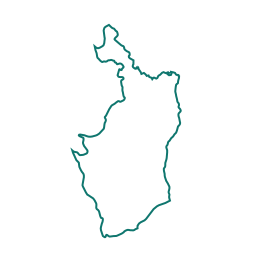 Buri Ram, Robinson projection, rotated 351°
{"feature_id": "THA-436", "entity_name": "Buri Ram", "entity_type": "Province", "adm_level": 1, "iso_a3": "THA", "parent_name": "Thailand", "parent_adm1": "", "projection": "robinson", "projection_center": [102.981, 14.961], "detail": "fine", "context": "isolated", "style": "outline", "palette": "teal", "viewbox_px": 256, "rotation_deg": 351, "n_neighbors": 0, "source": "natural_earth", "source_scale": "10m", "svg_char_len": 5793}
<svg xmlns="http://www.w3.org/2000/svg" viewBox="0 0 256 256"><g transform="rotate(351 128 128)"><path d="M140.6,212.1L131.7,220.6L129.9,221.8L125.8,223.1L123.9,224.1L122.2,226.0L121.7,228.1L121.7,228.6L119.5,229.1L118.4,229.7L117.4,229.9L116.8,229.9L116.3,229.7L114.1,229.3L113.1,228.9L112.0,228.6L111.2,228.6L109.5,229.0L108.4,229.5L108.0,229.7L107.5,230.3L105.3,231.3L100.6,232.6L99.5,232.8L96.8,232.5L93.5,232.4L92.7,232.3L92.4,232.1L91.8,231.6L91.2,231.0L90.9,230.6L90.2,230.2L89.8,230.3L89.6,230.6L89.4,231.0L89.2,231.4L88.9,231.8L88.4,232.2L88.0,232.2L87.6,232.0L87.1,231.4L86.3,230.7L85.3,224.7L85.4,222.8L86.0,221.1L87.4,217.9L87.7,217.6L88.3,216.3L88.8,214.8L88.9,213.9L88.8,213.4L88.6,213.1L88.2,212.9L87.4,212.6L87.1,211.9L86.8,210.6L86.4,206.3L86.2,205.4L85.8,204.7L85.6,204.3L84.7,203.4L84.3,202.7L84.2,202.1L84.2,201.6L84.8,198.8L84.8,198.1L84.8,197.5L83.8,194.5L83.1,193.0L82.5,192.0L77.9,187.8L77.5,187.6L77.0,186.6L76.3,184.9L74.4,179.0L74.1,177.7L74.2,177.2L74.3,176.7L76.7,169.8L77.0,167.8L76.9,166.9L76.8,166.3L76.2,165.1L75.6,164.1L74.9,162.3L73.9,158.9L73.9,157.9L74.0,154.6L73.8,154.2L72.0,151.7L69.8,143.8L69.6,142.2L69.5,141.5L70.0,142.1L70.6,142.7L71.2,143.1L72.0,143.4L73.7,144.0L74.0,144.2L74.5,144.8L75.5,146.5L75.9,147.0L76.1,147.2L76.4,147.3L79.3,147.5L80.2,147.4L82.7,146.8L83.4,146.5L83.8,146.1L84.1,145.6L84.4,144.7L84.4,144.1L84.3,143.6L82.2,139.6L81.9,139.1L81.3,136.8L81.2,136.0L81.3,135.2L82.2,132.9L82.4,131.8L82.4,131.2L82.3,130.8L82.0,130.5L79.2,128.7L78.8,128.4L78.4,127.9L78.3,127.5L78.5,127.2L78.8,127.0L79.8,127.0L83.9,128.4L86.0,129.6L87.5,130.3L89.2,130.7L91.2,130.8L95.0,130.4L96.6,130.0L98.8,129.0L104.0,124.9L104.6,123.3L105.2,121.1L105.8,119.4L106.1,119.1L106.8,118.1L107.3,117.1L107.4,116.4L107.3,115.7L106.8,114.3L106.8,113.8L106.9,113.5L108.0,112.6L108.5,112.0L112.4,106.5L115.0,103.6L115.7,103.1L117.2,102.5L118.0,102.2L118.7,101.9L120.4,100.9L122.2,100.0L122.6,100.0L123.0,100.0L123.4,100.2L124.0,100.7L124.4,100.8L124.8,100.9L127.7,100.0L128.1,99.8L128.6,99.4L129.3,98.5L129.5,97.9L129.5,97.4L129.0,96.8L128.8,96.5L128.7,96.0L128.6,95.6L128.5,91.5L128.4,91.0L128.4,90.4L128.4,89.6L128.9,87.2L128.9,86.5L128.8,86.1L128.5,85.3L128.4,84.8L128.4,84.3L128.4,81.3L128.6,80.6L128.8,80.1L129.1,79.8L130.4,79.3L131.1,78.9L131.3,78.4L131.3,77.9L131.2,77.6L131.1,77.4L130.9,77.2L130.2,76.8L127.5,76.3L126.7,75.9L126.5,75.6L126.0,74.3L126.1,74.0L128.5,68.8L129.0,68.7L129.2,68.9L129.4,69.0L130.1,69.7L130.7,69.7L131.4,68.6L133.0,67.4L133.2,66.7L132.6,65.2L132.2,64.5L131.4,63.6L130.7,63.2L129.9,63.0L127.7,63.3L127.3,63.3L127.0,63.0L126.7,62.3L126.5,61.8L126.2,61.5L125.8,61.4L125.5,61.2L125.2,60.9L125.1,60.4L125.0,59.8L124.8,59.4L124.4,59.2L123.6,59.0L122.6,58.3L122.2,58.2L121.8,58.1L120.4,58.2L119.6,58.1L119.2,58.1L118.8,58.2L117.7,58.8L117.3,58.9L116.4,59.0L116.0,58.9L114.8,58.5L114.3,58.5L113.2,58.8L112.8,58.7L112.5,58.6L112.2,58.3L111.4,57.5L110.5,56.2L110.1,55.5L109.6,54.8L109.0,54.1L108.9,53.8L108.7,52.9L108.7,49.2L108.1,46.2L107.9,42.2L108.4,42.8L109.2,43.7L109.8,44.1L110.2,44.3L111.1,44.5L111.6,44.5L112.0,44.4L112.9,44.2L115.5,43.2L116.7,42.5L117.1,41.8L117.8,40.5L118.9,36.5L119.1,35.5L119.0,35.0L119.2,28.1L119.3,27.7L119.8,26.5L120.2,25.7L120.5,25.3L121.2,24.8L121.7,24.5L125.3,23.2L127.7,26.4L128.9,27.3L129.2,27.4L129.6,27.6L129.8,27.8L130.0,28.1L131.0,29.9L131.2,30.2L131.4,30.3L131.8,30.7L132.2,31.2L132.5,32.8L132.5,33.6L132.5,34.2L132.4,34.6L132.2,34.9L131.7,35.5L129.5,37.0L129.0,37.5L128.8,37.8L128.6,38.1L128.8,38.7L129.3,39.4L134.0,44.9L134.6,45.5L135.2,45.9L135.5,46.0L136.1,46.4L136.4,46.7L136.6,47.2L136.8,48.2L136.7,48.8L136.9,49.6L137.3,50.3L138.8,51.9L140.7,53.2L141.0,53.6L141.2,54.2L141.2,55.4L141.1,56.0L140.9,56.4L140.6,56.6L140.3,56.8L140.1,57.1L140.0,57.4L140.0,57.8L140.0,58.3L140.4,59.0L140.8,59.5L144.0,62.0L143.3,65.9L142.9,66.3L142.3,67.7L142.6,68.8L143.4,69.7L144.4,70.6L145.6,70.0L146.0,69.7L146.0,70.6L146.7,70.6L146.7,69.7L147.5,69.7L147.8,71.7L149.3,74.8L149.7,76.7L152.3,76.1L153.7,77.7L154.7,79.5L155.9,79.3L156.5,79.3L157.0,80.9L159.1,82.1L159.6,83.6L161.0,82.3L162.1,82.5L162.9,83.2L163.7,83.6L164.8,83.2L166.1,81.3L166.8,80.9L168.0,80.5L170.3,78.8L171.8,78.4L172.5,78.8L173.5,79.5L174.5,79.9L175.5,79.3L176.2,79.3L176.2,79.9L176.4,80.0L176.7,80.0L177.1,80.1L175.8,81.3L176.8,82.3L178.7,82.3L180.0,80.1L179.3,80.1L179.3,79.3L181.4,80.1L183.0,80.9L183.1,81.1L183.8,82.7L184.5,83.2L185.0,83.3L185.5,83.3L186.1,83.6L186.3,84.0L186.2,84.5L186.2,85.0L186.5,85.1L186.2,86.5L185.1,88.8L184.8,89.7L184.3,91.5L183.9,91.8L182.9,92.3L182.3,92.9L181.6,94.8L180.6,98.5L180.4,99.5L180.6,102.5L180.6,104.1L180.9,107.2L180.9,109.3L181.0,109.7L181.1,110.2L181.3,110.6L181.7,111.2L181.9,111.6L182.0,112.1L182.0,112.5L182.0,113.1L181.8,113.8L181.3,114.7L181.2,115.3L181.5,116.1L181.8,116.5L182.1,116.9L182.5,117.6L182.7,118.4L182.8,118.8L182.7,119.4L182.4,119.9L181.4,120.7L180.7,121.2L180.4,121.5L180.0,122.2L179.9,122.7L179.8,123.4L179.8,124.5L180.1,126.3L180.2,129.4L180.3,130.9L180.2,131.4L180.0,132.1L179.3,133.0L178.8,133.5L178.0,134.0L177.6,134.4L175.9,138.2L175.1,139.6L175.0,139.8L174.5,140.4L172.9,141.5L171.6,143.0L171.1,143.5L169.1,144.8L168.8,145.1L167.3,146.8L167.0,147.1L166.7,147.3L165.9,147.7L165.6,148.1L165.2,148.7L164.8,149.9L164.2,151.0L163.6,151.5L163.1,152.1L162.9,152.6L162.8,153.3L163.2,156.1L162.9,158.1L161.5,163.7L160.9,165.3L159.4,168.3L159.3,168.8L158.9,171.1L158.7,171.7L158.5,172.1L158.3,172.4L157.2,173.5L157.0,173.9L156.9,174.7L156.8,176.0L157.0,179.0L156.8,180.7L156.8,182.0L157.5,186.2L158.7,189.1L159.6,192.1L159.7,192.6L159.6,193.4L159.4,194.4L158.7,196.1L158.3,196.9L158.1,197.7L158.1,198.4L158.4,199.6L158.5,200.4L158.0,201.8L157.8,202.7L157.8,203.6L158.1,206.3L153.2,207.9L146.5,209.1L144.3,209.9L140.6,212.1Z" fill="none" stroke="#0f766e" stroke-width="2"/></g></svg>